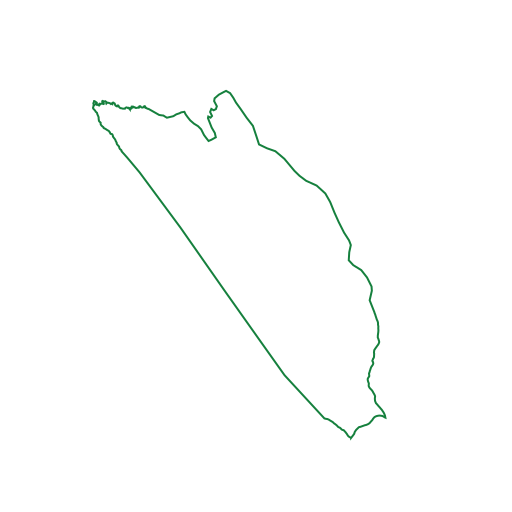 Des Barras/Cacolie, Dauphin, Saint Lucia (Mercator projection), rotated 248°
{"feature_id": "8701671B32853593869516", "entity_name": "Des Barras/Cacolie", "entity_type": "district", "adm_level": 2, "iso_a3": "LCA", "parent_name": "Saint Lucia", "parent_adm1": "Dauphin", "projection": "mercator", "projection_center": [-60.901, 14.018], "detail": "fine", "context": "isolated", "style": "outline", "palette": "green", "viewbox_px": 512, "rotation_deg": 248, "n_neighbors": 0, "source": "geoboundaries", "source_scale": "gbopen_adm2", "svg_char_len": 6009}
<svg xmlns="http://www.w3.org/2000/svg" viewBox="0 0 512 512"><g transform="rotate(248 256 256)"><path d="M57.7,315.4L59.8,315.8L61.7,315.8L63.1,315.7L64.9,315.3L65.6,315.2L67.0,314.8L67.9,314.4L68.5,314.3L71.2,313.3L72.5,312.9L73.6,312.5L73.9,312.4L74.6,312.1L75.6,312.1L76.9,312.1L78.1,312.4L79.3,312.8L80.3,313.3L80.9,313.7L81.5,313.9L82.1,313.9L83.2,313.9L85.1,313.6L86.0,313.5L86.5,313.5L88.2,313.1L90.2,312.3L91.4,311.9L92.4,311.8L93.2,311.8L93.8,312.0L94.2,312.2L94.8,312.5L95.3,312.8L96.0,312.9L96.7,312.9L97.3,312.9L98.2,313.0L98.9,313.1L99.4,313.2L99.8,313.4L100.1,313.5L100.5,313.8L100.8,314.2L101.3,314.8L101.9,315.8L102.6,316.2L102.8,316.2L103.5,316.4L104.1,316.6L104.8,316.8L105.4,317.4L105.8,317.8L106.8,318.5L107.9,319.5L108.7,320.1L109.5,320.9L110.0,321.4L110.4,321.9L110.4,322.1L111.5,323.7L112.2,324.3L112.5,324.5L113.0,324.6L113.9,324.8L114.3,324.6L115.1,324.6L115.6,324.8L116.1,325.5L116.9,326.1L117.1,326.5L117.6,327.1L118.2,327.6L119.1,328.0L121.2,329.0L121.5,329.0L122.0,329.1L122.7,329.4L123.7,330.0L124.3,330.3L124.6,330.6L125.4,331.8L125.5,331.9L126.5,333.5L127.4,334.9L127.9,335.8L128.6,336.7L129.3,337.4L129.9,337.9L130.4,338.1L130.8,338.2L132.2,338.3L133.1,338.4L134.2,338.4L134.9,338.4L136.0,338.9L136.7,339.2L139.5,340.8L140.9,341.5L142.0,341.9L143.2,342.3L144.1,342.7L145.0,343.1L146.6,343.4L147.8,343.9L148.8,344.2L150.1,344.3L151.9,344.2L153.1,344.3L154.6,344.4L156.2,344.5L156.8,344.6L157.6,344.6L159.0,344.6L159.5,344.7L172.4,344.8L180.4,350.4L184.4,351.7L184.6,351.7L194.5,350.9L203.5,348.3L211.0,342.8L217.3,340.4L224.6,343.9L230.6,348.0L233.8,348.1L235.7,348.1L244.7,346.4L256.5,345.4L266.8,345.0L278.0,345.0L279.8,344.8L288.0,343.7L298.6,338.6L306.9,330.7L314.0,326.4L320.6,323.5L335.5,318.7L345.9,313.2L351.7,306.6L358.3,300.6L366.7,301.2L377.8,301.9L387.7,299.1L398.1,296.8L405.8,294.9L411.3,294.2L416.7,293.0L420.3,290.1L420.1,287.4L419.5,282.0L417.7,276.7L415.3,275.2L409.5,275.8L407.2,273.8L407.0,271.3L409.1,269.7L406.7,267.4L402.3,267.7L401.3,265.7L403.2,264.0L401.9,263.1L391.7,263.0L385.5,263.9L381.1,263.2L380.5,258.2L380.4,255.1L384.6,253.9L387.7,253.1L394.0,252.6L398.1,250.9L401.9,248.1L406.4,245.8L410.1,244.7L413.7,243.8L416.5,243.6L417.2,240.5L417.0,238.5L417.2,235.2L416.6,231.8L416.8,230.3L417.6,225.2L419.7,223.6L420.9,222.8L422.1,220.6L423.1,219.0L423.5,218.7L432.6,211.5L433.3,210.4L434.2,209.9L434.7,209.5L434.7,209.1L435.0,208.9L435.4,209.2L435.6,209.2L436.3,209.2L436.7,208.7L436.6,208.0L436.3,207.6L436.1,207.3L436.1,206.5L436.4,205.9L436.9,205.3L437.5,205.0L438.1,204.9L438.5,204.1L438.4,203.7L437.9,203.4L437.4,203.1L437.4,202.8L437.9,202.1L438.0,200.9L438.1,200.5L438.5,199.7L439.4,199.3L439.4,198.9L439.6,198.5L440.0,198.3L440.4,198.2L440.6,197.9L440.7,197.5L441.1,197.0L441.1,196.8L439.9,196.8L439.9,196.2L439.6,195.9L439.7,195.5L439.5,195.2L440.1,195.1L440.5,194.7L440.5,194.0L440.4,193.8L439.9,193.7L440.2,193.6L440.9,193.3L441.3,193.1L441.3,192.5L442.1,191.9L442.3,191.6L442.3,191.0L442.2,190.3L441.7,189.8L441.7,189.6L442.3,188.2L442.7,187.4L443.4,186.6L443.8,185.8L444.3,185.4L445.2,185.0L445.8,184.8L446.6,184.8L447.3,184.5L447.4,184.2L447.4,183.7L446.7,183.5L446.8,183.1L447.2,182.8L447.9,182.2L448.6,182.0L449.6,182.0L450.1,182.1L450.2,181.9L450.5,181.6L450.8,181.7L451.2,181.5L451.6,181.3L451.8,180.9L451.7,180.2L451.3,179.7L450.8,179.5L451.3,179.1L451.6,178.7L451.4,178.3L452.0,178.0L452.7,177.4L453.5,176.3L453.8,175.9L453.7,174.9L453.4,174.3L453.6,174.3L453.8,174.4L454.0,174.7L454.3,174.9L454.8,174.9L455.3,174.7L456.0,174.2L456.1,173.0L456.2,172.8L457.2,172.0L457.1,171.4L456.8,171.3L456.4,171.3L455.9,171.4L455.5,171.7L454.5,172.0L454.1,171.9L454.0,171.6L454.3,171.1L455.1,170.7L455.3,169.5L455.0,168.7L455.1,168.4L455.8,167.9L455.6,167.5L455.4,167.5L454.6,167.4L454.3,167.0L454.7,166.4L455.7,165.7L455.8,165.0L456.2,164.7L456.7,164.4L456.9,164.1L457.4,165.0L457.5,165.7L457.8,165.8L458.1,165.6L460.1,164.3L460.3,163.9L459.0,163.0L458.7,162.5L458.0,162.2L457.3,162.4L456.7,162.7L456.3,162.4L456.1,161.5L455.0,160.9L454.5,160.4L453.7,160.3L451.0,161.3L449.9,161.4L448.3,162.2L446.8,162.0L444.3,162.1L443.7,162.0L443.1,161.9L442.2,161.5L440.8,161.2L440.2,161.0L439.7,161.1L439.2,161.2L439.0,161.3L438.5,161.6L437.8,161.9L437.0,161.5L436.1,161.3L434.8,161.6L433.7,162.1L432.7,162.7L432.3,162.8L431.8,162.7L431.3,163.0L431.0,163.4L430.4,163.9L429.6,164.5L429.1,164.8L428.0,165.6L427.7,165.9L427.3,166.2L427.0,166.4L425.9,166.6L425.4,166.9L424.6,166.8L424.1,166.8L423.7,167.0L423.3,167.7L423.0,168.1L422.7,168.3L422.0,168.4L421.0,168.3L420.6,168.3L420.3,168.1L419.8,168.2L419.2,168.4L418.6,168.5L417.8,168.8L417.3,168.9L416.6,169.0L416.4,169.0L415.9,169.1L414.9,169.0L414.4,169.1L413.7,169.2L413.4,169.3L413.2,169.2L412.6,169.0L411.5,169.0L411.2,169.2L410.4,169.4L409.1,169.9L408.7,170.0L408.3,169.9L407.5,169.8L407.0,169.8L405.9,170.0L405.5,170.3L404.7,170.7L404.0,170.8L403.8,170.7L403.4,170.6L395.6,173.4L377.1,179.4L310.6,196.6L236.4,213.7L176.8,227.8L134.8,237.8L79.7,258.6L79.4,259.1L78.7,260.0L78.4,260.6L78.1,261.1L77.7,261.5L77.3,261.9L76.9,262.3L76.4,262.6L75.3,263.4L74.8,263.8L74.2,264.2L73.8,264.6L73.3,264.9L72.8,265.2L72.2,265.4L71.7,265.6L70.7,266.3L69.5,267.0L68.5,267.5L67.4,267.9L66.8,268.1L66.3,268.5L65.9,268.9L65.5,269.3L65.1,269.6L64.5,269.9L64.0,270.1L63.3,270.3L62.7,270.7L62.3,271.1L62.0,271.6L61.6,272.1L60.4,272.5L59.2,273.0L58.0,273.3L56.9,273.6L56.3,273.7L55.0,273.9L54.5,274.1L54.0,274.3L53.4,274.7L53.0,274.9L52.0,276.1L51.7,276.0L53.5,279.1L54.2,280.2L54.3,280.4L54.6,280.6L55.0,281.0L55.5,281.3L55.9,281.7L56.4,282.4L56.9,283.2L57.2,283.6L57.3,283.8L58.7,287.2L58.7,287.4L58.7,287.9L58.5,288.6L58.3,293.7L58.1,294.6L58.1,296.8L58.2,297.1L58.2,297.4L58.3,297.9L58.6,298.9L58.8,299.3L59.5,300.6L60.0,301.7L60.5,302.6L61.2,303.5L61.8,304.6L62.1,305.2L62.3,305.9L62.4,307.0L62.4,307.6L62.4,307.9L62.1,309.6L61.8,310.7L61.5,311.3L61.4,311.5L61.1,312.0L60.6,312.8L60.5,313.1L60.3,313.3L59.7,313.8L59.2,314.2L59.0,314.4L58.3,314.8L57.7,315.4Z" fill="none" stroke="#15803d" stroke-width="2"/></g></svg>